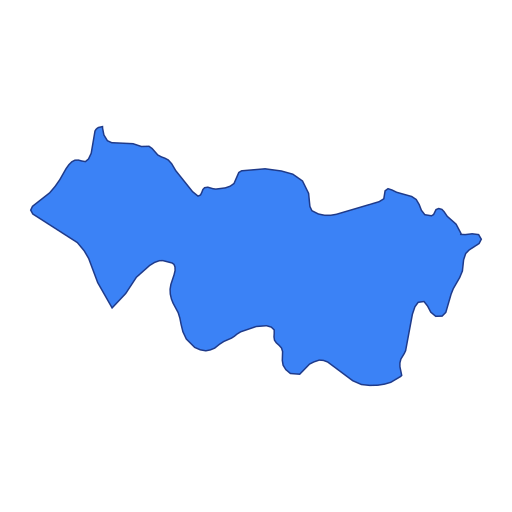 an SVG outline of Cao Bằng
{"feature_id": "VNM-511", "entity_name": "Cao Bằng", "entity_type": "Province", "adm_level": 1, "iso_a3": "VNM", "parent_name": "Vietnam", "parent_adm1": "", "projection": "natural_earth1", "projection_center": [106.073, 22.737], "detail": "fine", "context": "isolated", "style": "filled", "palette": "blue", "viewbox_px": 512, "rotation_deg": 0, "n_neighbors": 0, "source": "natural_earth", "source_scale": "10m", "svg_char_len": 2197}
<svg xmlns="http://www.w3.org/2000/svg" viewBox="0 0 512 512"><path d="M102.5,126.6L102.6,128.4L103.9,135.0L107.4,140.7L111.7,142.7L133.0,143.7L141.4,146.5L149.0,146.3L152.1,148.5L157.8,155.0L161.4,156.9L164.9,158.2L168.3,160.0L171.6,163.7L171.7,163.8L175.7,170.6L192.5,191.6L198.0,196.1L200.5,195.0L201.8,192.4L202.9,189.5L204.6,187.7L207.8,187.2L212.9,188.7L215.8,189.1L225.3,187.9L230.2,186.2L234.0,183.5L238.8,172.5L241.6,170.8L265.1,168.8L281.4,171.0L292.8,174.2L302.5,181.0L308.6,193.4L309.9,206.5L311.9,210.7L318.4,214.0L324.7,215.3L330.6,215.3L336.4,214.3L379.1,201.7L383.8,198.8L385.1,190.8L388.0,188.7L392.0,190.0L396.7,192.3L411.7,196.5L416.2,199.5L419.2,204.6L421.4,210.3L424.8,214.7L431.5,215.8L433.6,214.5L436.0,209.6L438.7,208.5L441.9,209.4L444.0,211.6L447.2,216.3L456.1,224.2L461.0,233.5L460.8,234.4L465.2,234.6L472.2,233.8L478.6,234.6L481.3,239.2L479.1,243.5L469.2,249.9L465.7,253.5L463.6,259.8L462.4,271.0L459.7,277.5L453.3,288.6L451.1,294.1L445.8,312.4L442.1,316.1L435.7,316.3L430.8,312.2L427.6,306.1L424.0,301.5L418.2,302.3L414.9,306.8L412.4,314.2L405.6,350.7L404.2,353.6L400.9,359.0L399.9,362.9L399.9,366.7L401.7,375.4L400.7,376.4L390.8,382.3L384.6,384.1L377.8,385.2L369.7,385.4L361.4,384.5L352.7,380.7L327.7,362.0L323.4,360.4L319.2,360.1L313.9,361.9L309.5,364.1L299.7,374.2L290.4,373.5L285.8,369.6L283.1,365.2L282.3,360.4L282.6,351.6L281.5,348.0L279.2,345.4L276.3,342.8L274.5,340.2L274.0,336.9L274.2,333.6L274.2,329.9L271.3,327.1L266.5,325.7L256.2,326.5L240.7,331.8L237.1,334.0L234.3,336.3L231.5,338.1L223.9,341.4L219.4,344.3L214.7,348.1L210.3,349.9L205.8,350.8L200.2,349.8L194.7,347.4L186.3,339.0L182.9,331.7L181.1,324.4L179.9,318.2L178.2,312.7L173.1,303.2L171.4,298.9L170.3,294.1L170.1,289.2L170.9,284.4L174.1,274.7L175.1,270.5L175.0,267.0L174.0,264.4L172.1,263.0L162.9,260.6L159.3,260.7L154.6,262.4L149.7,265.4L136.4,277.2L125.7,293.5L112.1,307.9L97.7,282.6L88.7,258.5L84.2,250.8L77.4,242.6L32.8,214.0L30.7,210.1L32.5,206.3L49.7,192.8L55.2,186.3L59.8,179.7L66.1,168.6L68.9,164.7L71.8,161.8L74.9,160.2L78.4,160.1L81.8,161.0L85.4,161.6L88.5,159.0L91.2,153.3L95.0,131.0L96.0,129.4L97.2,128.3L98.4,127.5L102.5,126.6Z" fill="#3b82f6" stroke="#1e3a8a" stroke-width="1.5"/></svg>